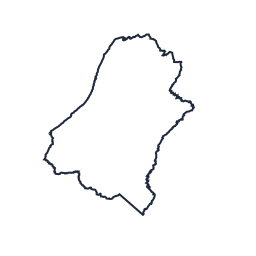 Medicilândia, Pará, Brazil (Equal Earth projection), rotated 228°
{"feature_id": "56859067B67123730011126", "entity_name": "Medicilândia", "entity_type": "district", "adm_level": 2, "iso_a3": "BRA", "parent_name": "Brazil", "parent_adm1": "Pará", "projection": "equal_earth", "projection_center": [-53.215, -3.165], "detail": "fine", "context": "isolated", "style": "outline", "palette": "slate", "viewbox_px": 256, "rotation_deg": 228, "n_neighbors": 0, "source": "geoboundaries", "source_scale": "gbopen_adm2", "svg_char_len": 5827}
<svg xmlns="http://www.w3.org/2000/svg" viewBox="0 0 256 256"><g transform="rotate(228 128 128)"><path d="M160.7,44.7L159.7,45.5L159.0,45.3L158.6,46.0L157.7,45.9L157.3,46.3L156.5,45.6L155.0,46.4L154.5,45.6L153.8,46.3L152.9,46.1L152.2,47.1L151.3,47.3L150.2,46.4L148.9,46.7L148.4,46.2L147.5,47.0L147.0,46.9L146.7,46.0L145.9,45.6L145.6,44.9L145.0,44.2L144.4,44.4L144.0,43.7L143.5,44.0L142.5,43.5L140.1,45.5L139.9,46.4L139.5,46.7L139.7,47.8L139.5,48.5L137.0,50.6L136.4,50.7L136.4,51.3L135.9,52.0L135.5,51.9L134.8,52.8L134.7,53.6L134.3,54.4L132.4,56.1L132.3,56.6L131.3,57.5L131.6,58.4L131.0,59.6L130.5,59.3L130.0,60.2L129.9,61.1L128.8,62.1L128.7,61.5L128.3,61.1L126.8,61.4L126.3,61.0L126.0,60.3L125.3,59.9L125.4,59.2L125.2,58.8L124.4,58.6L124.1,57.9L123.3,57.8L123.1,57.3L122.0,56.7L121.5,56.9L120.5,56.4L119.5,56.6L118.7,55.7L117.8,55.9L116.0,55.7L115.5,56.3L114.4,56.0L113.9,56.3L113.3,56.1L112.4,56.5L111.9,55.8L109.6,57.8L109.1,60.0L108.5,60.5L108.2,60.1L107.2,59.9L105.5,60.9L104.8,61.9L103.8,62.3L100.8,61.6L100.2,60.6L99.7,60.3L97.9,61.5L97.8,63.4L97.1,63.5L96.6,62.8L95.2,62.1L94.7,62.7L93.2,63.6L93.1,64.2L92.5,64.8L91.1,65.2L90.0,64.9L88.5,66.1L88.1,67.0L87.4,67.0L86.3,68.5L86.1,69.3L86.5,70.7L85.7,73.4L85.3,73.7L85.1,74.6L84.5,75.3L84.5,77.3L53.5,81.0L53.6,82.1L54.9,82.8L55.4,83.4L55.6,84.8L56.2,85.3L56.6,86.0L56.4,86.8L55.7,86.9L55.5,87.3L55.5,88.3L56.5,91.4L56.9,93.9L56.8,94.7L56.1,94.7L56.2,95.2L57.9,96.9L57.7,97.7L58.0,99.0L59.4,102.0L60.7,103.4L61.2,103.5L61.5,103.3L61.5,102.7L61.8,102.4L62.4,103.3L63.2,103.5L64.4,102.9L65.2,103.1L65.5,102.8L66.4,103.1L69.0,102.9L69.1,104.1L69.5,104.6L70.2,104.2L70.5,103.9L70.8,102.8L71.2,102.7L72.0,103.3L71.5,104.7L71.7,105.2L72.9,105.3L73.2,105.0L73.9,105.3L75.0,104.8L75.1,106.2L74.8,107.2L75.4,108.0L76.2,107.1L77.5,107.2L77.7,107.6L77.5,108.7L77.8,110.4L78.2,110.8L79.0,109.6L79.5,109.5L79.8,110.5L79.8,111.6L80.2,112.5L79.8,113.6L80.6,114.1L81.0,114.9L80.8,115.5L80.0,115.5L80.4,116.6L81.2,116.7L80.5,119.4L81.4,120.6L81.9,120.7L83.4,121.7L83.0,122.7L83.0,123.8L82.6,123.9L82.6,124.5L82.8,124.9L83.9,125.4L84.4,126.1L85.0,126.0L85.1,126.5L85.5,126.8L85.9,126.4L87.3,129.6L87.7,129.7L89.4,131.3L90.9,132.1L91.4,133.6L90.9,135.7L91.8,136.6L92.3,136.6L92.3,136.1L92.7,136.1L93.3,138.3L94.2,138.2L94.9,138.9L95.2,141.7L96.6,145.0L96.8,146.7L97.0,147.1L97.8,147.0L98.2,148.2L98.5,148.4L98.1,149.7L98.2,150.2L98.1,150.7L97.5,152.4L98.0,154.0L97.9,154.5L97.6,154.9L98.2,157.5L98.0,158.2L98.2,158.8L97.9,159.9L98.2,161.6L98.6,161.6L98.5,163.3L97.9,164.4L98.2,165.0L98.0,166.9L98.3,167.6L98.7,167.7L99.0,167.4L99.7,167.7L100.2,168.7L99.8,168.9L99.5,168.6L98.8,169.9L99.0,170.4L99.5,170.2L99.6,170.7L99.2,172.1L99.1,173.2L98.3,174.2L98.0,173.8L97.7,174.2L98.1,174.7L98.8,175.0L99.7,176.2L99.9,176.7L99.8,178.0L100.6,178.0L100.9,178.3L101.0,178.9L100.7,182.7L99.5,184.2L98.8,187.0L98.3,187.3L99.2,190.5L99.8,190.1L100.4,191.1L101.4,191.7L101.5,190.4L102.0,190.1L102.7,191.1L103.6,191.4L104.7,191.3L105.3,191.5L105.3,192.0L106.3,192.0L106.5,191.6L106.5,190.8L106.9,190.9L107.1,190.4L107.9,190.3L108.3,189.7L109.7,189.1L110.2,188.7L110.7,187.0L112.3,186.0L112.7,185.9L113.2,186.9L114.2,186.8L114.9,186.4L115.0,187.1L115.9,186.2L116.7,186.7L117.0,186.2L116.8,185.8L117.3,184.9L117.6,186.3L118.5,186.4L118.5,185.2L119.3,186.5L119.5,185.9L120.7,185.6L120.9,185.0L121.8,185.6L121.8,184.7L122.3,184.1L123.9,185.2L124.8,183.8L125.5,184.4L125.7,184.0L126.6,185.1L127.0,184.7L127.0,184.1L127.8,184.0L127.9,184.5L128.6,184.9L128.8,185.3L128.9,186.2L129.4,187.0L129.6,189.0L130.3,189.4L130.4,190.1L130.1,190.8L130.7,192.3L130.6,194.7L131.6,195.9L132.5,196.5L132.3,197.4L132.8,200.9L132.7,201.5L133.3,201.7L133.8,202.8L135.2,204.3L135.6,206.3L136.2,206.4L137.4,208.5L138.3,208.6L140.0,209.6L141.3,210.8L141.2,212.5L142.0,211.1L142.9,210.4L143.4,209.3L146.2,206.4L147.9,208.0L149.2,207.9L150.7,209.1L152.2,209.8L154.4,211.2L156.7,209.9L156.5,207.0L156.9,206.0L156.7,205.2L157.5,204.9L157.9,203.1L158.8,202.4L159.2,204.6L160.1,206.1L160.2,206.8L161.3,206.7L161.6,206.3L162.0,205.4L163.5,204.5L163.6,204.0L163.9,203.7L165.0,204.6L166.0,204.9L168.2,204.6L169.3,205.3L172.6,206.2L173.7,207.1L175.8,206.8L176.6,206.3L177.0,206.4L179.4,204.5L179.6,204.9L180.5,205.3L181.8,205.3L183.6,206.0L185.2,204.1L185.2,201.8L185.6,201.4L186.5,198.7L187.6,197.8L190.5,197.8L190.4,197.2L191.1,195.4L191.0,194.0L191.5,193.2L191.9,193.3L192.2,192.9L192.4,190.0L192.6,189.6L193.4,189.3L194.1,190.0L194.8,190.0L195.3,189.3L195.0,186.3L195.8,183.6L196.6,183.2L197.3,183.7L197.1,185.7L198.0,185.3L198.5,185.4L198.9,185.1L200.7,182.0L201.3,180.4L202.3,178.8L202.4,178.1L202.5,176.8L201.8,175.1L201.7,173.5L201.2,172.6L200.9,169.5L200.4,168.2L199.3,167.1L199.4,164.9L198.7,163.8L198.7,162.2L198.4,160.5L198.7,160.0L198.7,159.3L197.2,157.8L196.3,156.2L195.6,154.5L195.5,153.9L194.4,151.9L192.8,147.2L192.3,146.7L191.5,144.7L189.9,143.1L189.5,141.3L188.2,140.3L187.8,138.1L187.1,138.0L187.0,137.2L186.3,136.3L185.9,136.7L185.3,134.3L184.9,134.3L184.5,133.8L183.4,131.6L182.8,131.5L181.9,129.3L180.6,128.2L180.1,126.4L179.6,126.1L178.9,123.9L178.3,123.0L177.9,121.0L177.0,119.3L177.1,118.1L176.3,117.1L176.3,115.7L175.8,114.1L175.3,110.2L175.7,109.6L175.5,108.3L175.9,106.8L175.7,105.4L176.0,103.8L175.7,102.6L175.8,102.0L175.7,100.9L176.2,99.3L175.8,98.0L176.4,96.0L176.4,95.4L175.7,94.3L175.3,94.2L174.7,92.9L174.8,91.6L175.3,90.5L175.5,86.5L175.8,85.5L175.3,82.9L175.8,81.6L175.6,80.2L175.8,76.6L176.5,73.8L176.8,70.5L177.3,69.1L176.9,68.6L176.7,67.2L176.3,67.7L175.9,67.8L175.1,66.8L175.1,66.0L174.5,66.3L172.6,65.4L170.6,65.6L170.4,64.5L169.6,63.5L169.1,63.4L168.9,62.8L167.9,62.7L166.9,61.9L167.2,61.8L166.6,60.8L166.8,59.4L166.6,58.9L166.7,58.3L165.9,57.9L166.0,56.3L164.1,52.4L163.5,50.8L163.6,50.0L163.2,48.7L162.0,48.0L161.9,47.4L161.0,46.5L160.7,44.7Z" fill="none" stroke="#1e293b" stroke-width="2"/></g></svg>